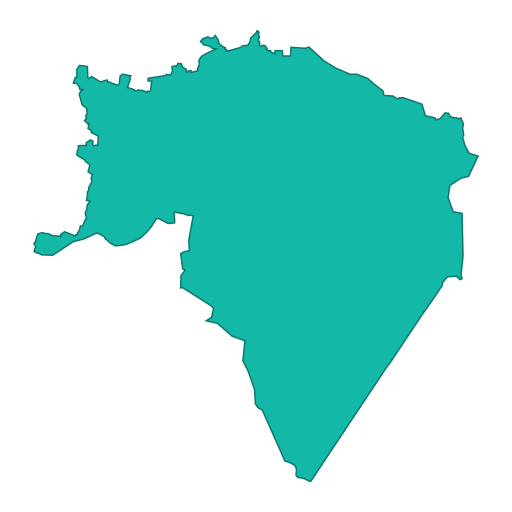 Ar-Raqqa, Ar Raqqah, Syria
{"feature_id": "27442178B57458390277946", "entity_name": "Ar-Raqqa", "entity_type": "district", "adm_level": 2, "iso_a3": "SYR", "parent_name": "Syria", "parent_adm1": "Ar Raqqah", "projection": "natural_earth1", "projection_center": [39.122, 35.826], "detail": "fine", "context": "isolated", "style": "filled", "palette": "teal", "viewbox_px": 512, "rotation_deg": 0, "n_neighbors": 0, "source": "geoboundaries", "source_scale": "gbopen_adm2", "svg_char_len": 4932}
<svg xmlns="http://www.w3.org/2000/svg" viewBox="0 0 512 512"><path d="M79.2,94.1L82.1,104.7L86.6,108.4L87.0,112.2L87.2,113.6L85.6,115.9L86.5,118.6L84.5,120.6L88.3,124.4L89.1,123.8L88.0,128.6L91.4,130.5L91.1,132.3L98.2,136.0L97.8,145.5L96.3,145.1L93.7,145.9L92.6,144.5L93.0,141.4L90.6,139.8L86.2,142.7L86.4,145.4L78.3,145.7L78.3,149.3L77.5,150.5L76.7,154.9L79.7,157.0L84.7,159.8L85.1,161.1L89.8,164.8L88.1,171.9L92.4,174.7L91.1,178.3L92.1,181.2L88.7,187.6L88.9,189.9L87.4,191.9L87.3,196.4L86.5,200.4L90.3,201.2L87.2,204.8L86.8,209.7L85.8,211.3L85.2,213.3L86.5,218.1L85.2,219.9L82.6,225.9L80.4,226.0L79.2,230.6L77.6,232.7L77.3,234.5L76.2,234.5L75.0,236.2L72.9,235.0L64.6,231.8L60.6,234.4L61.1,236.4L52.3,235.5L48.7,234.0L42.0,232.7L37.7,234.0L35.5,241.5L33.9,243.7L35.7,246.2L34.1,251.3L36.5,253.0L37.5,252.7L41.5,254.8L52.7,255.2L62.8,248.6L73.4,241.6L84.0,238.9L96.5,233.1L99.9,234.1L104.1,236.5L105.5,239.1L107.4,240.3L110.5,243.3L115.5,245.9L125.2,244.7L132.5,241.8L140.3,238.1L145.8,233.1L151.2,226.9L155.0,221.1L156.0,218.9L158.6,218.5L163.2,220.9L168.2,223.5L174.5,222.9L174.7,220.6L174.1,213.4L174.7,212.1L184.4,214.0L188.5,215.5L190.4,214.8L192.1,215.8L193.2,215.8L188.8,240.3L189.4,250.7L184.4,251.6L180.7,253.6L182.6,268.8L185.2,270.0L181.0,275.4L180.7,287.9L182.6,287.6L211.1,305.8L213.6,308.3L211.6,317.2L206.3,320.8L217.4,323.3L232.1,336.2L244.9,340.7L242.9,360.9L248.0,370.7L254.6,389.7L255.4,403.8L257.9,407.6L262.3,410.1L285.0,461.2L285.3,461.3L285.5,461.3L286.0,461.4L286.4,461.5L286.7,461.5L286.8,461.6L287.0,461.6L287.3,461.7L287.5,461.7L287.9,461.9L288.1,461.9L288.4,462.0L288.8,462.2L289.0,462.3L289.3,462.4L289.9,462.6L290.0,462.7L290.4,462.9L290.8,463.1L291.0,463.1L291.2,463.3L291.3,463.3L291.8,463.6L292.2,463.8L292.3,463.9L292.6,464.0L292.9,464.2L293.0,464.3L293.7,464.7L294.2,465.0L294.6,465.4L294.8,465.5L295.1,465.9L295.1,466.0L295.3,466.3L295.4,466.5L295.5,466.6L295.6,466.8L295.7,467.0L295.8,467.2L295.8,467.3L295.9,467.5L296.0,467.8L296.1,468.0L296.2,468.4L296.2,468.5L296.3,468.9L296.3,469.0L296.3,469.3L296.4,469.6L296.4,469.9L296.5,470.0L296.5,470.4L296.5,470.5L296.5,470.8L296.5,471.0L296.5,471.3L296.5,471.5L296.5,471.8L296.4,472.0L296.4,472.4L296.3,472.5L296.3,472.8L296.2,473.0L296.1,473.3L296.1,473.5L296.0,473.8L296.0,474.0L296.0,474.3L296.0,474.5L296.1,474.8L296.1,475.0L296.2,475.3L296.3,475.4L296.3,475.6L296.5,475.9L296.5,476.0L296.7,476.3L296.8,476.4L296.9,476.5L297.1,476.7L297.2,476.8L297.3,476.9L297.4,477.0L297.5,477.1L297.8,477.3L298.1,477.4L298.3,477.5L298.5,477.6L298.8,477.7L299.0,477.7L299.5,477.7L299.8,477.7L300.0,477.7L300.4,477.8L300.8,477.8L301.3,477.9L301.7,477.9L301.9,478.0L302.0,478.0L302.4,478.1L302.7,478.1L302.8,478.2L303.2,478.3L303.5,478.4L304.0,478.5L304.3,478.6L308.8,480.9L310.8,481.3L318.5,469.7L386.0,368.2L390.5,362.2L422.3,314.4L428.3,306.0L433.4,298.7L435.9,295.0L440.4,288.2L441.9,286.2L442.8,282.3L445.6,278.9L447.7,276.7L456.6,276.3L459.9,279.6L461.9,278.9L461.9,277.1L460.9,276.4L463.0,256.1L462.1,213.4L453.1,211.7L448.1,197.6L449.9,185.4L461.1,178.1L468.5,176.4L478.1,156.1L469.0,153.2L464.9,145.3L462.6,137.1L463.7,135.0L462.7,128.1L463.4,123.6L460.8,117.9L458.4,118.9L456.9,117.9L454.3,117.9L452.6,117.2L450.5,117.0L448.6,113.3L445.0,112.9L440.2,118.6L435.6,120.0L435.4,118.2L433.5,117.5L425.4,115.8L422.0,104.2L403.2,97.7L401.2,97.6L399.9,98.5L399.2,97.8L397.2,99.0L393.0,96.0L383.9,95.5L383.0,90.9L374.9,84.7L367.8,78.5L356.8,74.2L349.8,74.2L339.9,69.9L336.2,68.3L328.6,63.7L323.9,60.8L317.9,55.2L308.9,47.0L305.3,48.3L291.0,47.3L290.5,56.0L282.8,56.0L282.3,50.7L275.1,50.6L275.0,53.8L271.2,52.3L270.5,50.6L267.2,50.7L266.9,48.0L265.8,47.8L265.6,46.1L263.1,45.2L261.0,46.3L259.7,45.7L259.6,41.9L258.4,40.6L258.6,38.2L259.3,37.8L259.1,36.0L258.8,35.7L258.8,34.7L258.2,34.2L258.2,33.1L259.1,32.5L258.5,31.5L257.1,30.7L256.3,32.6L250.6,38.2L250.1,41.3L248.0,45.4L242.8,45.7L240.6,47.4L226.9,51.4L226.1,51.1L226.7,50.0L224.9,48.8L225.4,47.9L222.0,46.1L218.9,43.4L218.3,40.2L215.3,35.5L213.7,37.4L211.6,38.5L207.6,36.8L206.4,37.8L204.5,37.9L202.9,39.3L202.4,39.0L200.5,41.6L202.5,43.2L203.2,44.6L210.6,46.4L211.1,47.9L216.2,48.9L210.8,51.4L206.5,53.5L201.6,56.2L199.0,60.0L199.1,63.0L199.3,64.8L197.5,68.6L197.8,70.8L190.8,72.5L191.0,70.8L189.6,70.8L188.7,70.7L187.1,72.5L185.8,71.5L186.5,69.5L182.6,67.2L181.4,63.8L177.9,63.4L177.1,65.7L171.9,66.5L172.5,70.9L170.7,75.1L166.3,74.3L165.5,75.5L148.1,78.3L148.1,81.0L151.6,81.1L150.6,90.5L149.6,91.7L147.4,91.1L147.0,92.4L142.4,90.4L139.0,90.3L138.5,89.8L137.8,90.5L134.8,91.1L134.3,89.7L127.5,87.5L130.3,79.1L129.8,77.0L130.8,75.9L122.8,74.1L120.2,75.8L119.2,84.0L117.5,85.5L115.2,84.2L113.2,83.7L107.8,81.6L107.1,80.0L104.4,80.7L101.5,81.8L99.5,81.4L91.6,76.5L88.4,78.7L87.8,77.7L87.4,66.5L79.5,65.4L76.9,69.3L76.8,77.5L75.2,77.5L73.3,83.1L74.1,83.4L76.1,83.1L76.8,83.8L78.5,85.8L79.4,86.9L79.8,89.4L83.0,89.3L82.9,90.1L81.0,90.8L79.2,94.1Z" fill="#14b8a6" stroke="#0f766e" stroke-width="1.5"/></svg>